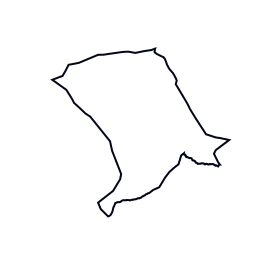 the district of Telmen, Dzavhan, Mongolia, rotated 321°
{"feature_id": "93677404B12487525964315", "entity_name": "Telmen", "entity_type": "district", "adm_level": 2, "iso_a3": "MNG", "parent_name": "Mongolia", "parent_adm1": "Dzavhan", "projection": "robinson", "projection_center": [97.583, 48.784], "detail": "fine", "context": "isolated", "style": "outline", "palette": "ink", "viewbox_px": 256, "rotation_deg": 321, "n_neighbors": 0, "source": "geoboundaries", "source_scale": "gbopen_adm2", "svg_char_len": 4730}
<svg xmlns="http://www.w3.org/2000/svg" viewBox="0 0 256 256"><g transform="rotate(321 128 128)"><path d="M99.5,42.9L104.1,59.6L102.9,69.5L101.9,74.7L103.2,83.1L103.4,84.7L104.1,90.1L105.8,95.4L105.7,127.0L101.3,135.7L93.7,159.5L89.6,162.9L76.9,167.5L57.8,167.2L55.8,173.8L56.9,184.2L57.5,184.4L57.9,184.5L58.7,184.6L59.3,184.7L59.8,184.6L60.1,184.5L61.1,184.2L61.5,184.0L62.1,183.7L62.8,183.4L63.7,182.8L64.4,182.3L64.7,182.1L65.2,181.7L66.0,181.0L66.7,180.5L67.3,180.2L67.9,180.1L68.2,180.0L68.3,179.9L68.6,179.6L68.9,179.4L69.4,179.2L70.4,178.6L70.7,178.5L70.9,178.5L71.0,178.4L71.1,178.5L71.4,178.6L72.9,178.9L73.0,179.0L73.3,179.2L73.5,179.4L73.7,179.5L73.8,179.5L74.1,179.7L74.6,180.2L74.8,180.3L75.1,180.4L75.7,180.7L76.0,180.7L76.4,180.7L76.5,180.7L76.8,180.7L77.0,180.6L77.4,180.6L77.7,180.7L78.0,180.8L78.5,180.9L79.0,181.2L79.2,181.3L79.6,181.9L79.8,182.0L80.0,182.1L80.6,182.5L81.0,182.9L81.2,183.0L81.4,183.1L81.5,183.1L81.6,183.3L81.8,183.3L82.0,183.4L82.5,183.9L82.8,184.1L83.3,184.5L83.7,185.1L83.9,185.5L84.0,185.5L84.5,185.6L84.8,185.7L85.0,185.8L85.2,186.0L85.4,186.0L85.5,186.1L85.8,186.2L85.9,186.3L86.1,186.4L86.3,186.4L86.4,186.5L86.5,186.6L86.6,186.8L86.9,187.0L87.3,187.3L87.6,187.3L87.8,187.3L88.0,187.3L88.4,187.6L88.6,187.8L89.1,188.3L89.4,188.4L89.5,188.3L89.9,188.4L90.1,188.5L90.4,188.6L90.7,188.7L91.0,188.7L91.3,188.7L91.5,188.8L91.7,189.0L91.8,189.1L92.2,189.6L92.3,189.6L92.6,189.6L92.7,189.8L92.8,189.8L93.4,190.0L93.6,190.1L93.8,190.1L94.0,190.3L94.3,190.3L94.6,190.3L94.8,190.4L95.3,190.3L96.0,190.3L96.3,190.3L96.5,190.3L96.8,190.5L97.0,190.6L97.3,190.7L97.8,190.6L98.0,190.6L98.3,190.8L98.6,190.9L100.0,190.8L100.4,190.9L100.6,191.0L100.8,191.0L101.1,191.3L101.3,191.3L101.6,191.2L101.8,191.2L102.1,191.2L102.4,191.4L102.7,191.4L103.5,191.9L108.7,192.0L115.0,193.7L125.5,189.9L132.1,188.3L138.2,187.9L144.4,188.0L152.1,182.8L155.5,182.8L155.2,183.1L155.1,183.3L155.1,183.5L155.1,183.8L155.0,184.0L155.4,184.4L155.5,184.5L155.5,184.9L155.6,185.1L155.6,185.3L155.6,185.5L155.3,185.6L155.2,185.6L155.2,185.8L155.3,186.1L155.4,186.4L155.4,186.6L155.2,186.8L155.0,187.1L155.0,187.3L155.3,187.4L155.5,187.3L155.8,187.5L155.9,187.9L156.0,188.0L156.1,188.4L156.1,188.5L156.1,188.8L156.3,189.1L156.4,189.4L156.6,189.6L156.7,190.0L156.8,190.1L157.0,190.1L157.3,190.3L157.5,190.4L157.7,190.5L157.8,190.7L157.8,190.8L157.9,191.0L158.1,191.2L158.2,191.3L158.3,191.4L158.3,191.6L158.1,192.1L158.0,192.8L157.8,193.4L157.8,193.6L157.8,193.8L158.1,194.0L158.4,194.3L158.7,194.5L158.7,194.9L158.7,195.1L158.8,195.3L159.0,195.5L159.2,195.8L159.2,196.0L159.2,196.3L159.1,196.6L159.1,196.8L159.0,197.1L158.8,197.4L158.8,197.5L159.0,197.6L159.2,197.8L159.3,197.9L159.4,198.1L159.4,198.3L159.5,198.5L159.7,198.8L159.7,199.1L159.6,199.3L159.6,199.5L159.7,199.8L159.9,199.8L160.1,199.9L160.2,200.1L160.5,200.4L160.6,200.5L160.8,200.6L161.2,200.8L161.3,200.9L161.5,201.0L161.8,201.3L162.1,201.5L162.4,201.5L162.5,201.5L162.8,201.6L162.9,201.8L163.0,201.9L163.1,202.0L163.5,202.2L163.7,202.4L163.8,202.5L164.0,202.7L164.0,202.8L164.4,203.1L164.5,203.3L164.5,203.5L164.5,203.9L164.5,204.1L164.6,204.3L164.8,204.4L165.0,204.3L165.0,204.2L165.3,204.3L165.5,204.5L165.6,204.8L165.6,205.0L165.8,205.0L166.1,205.0L166.3,205.1L166.4,205.3L166.5,205.4L166.8,205.7L167.0,205.9L167.0,206.1L167.0,206.3L167.2,206.5L167.3,206.7L167.4,206.9L167.5,207.0L167.8,207.1L168.0,207.2L168.3,207.1L168.6,207.2L168.8,207.3L169.0,207.6L169.0,207.9L169.1,208.0L169.3,208.0L169.5,208.1L169.6,208.3L169.8,208.4L170.3,208.7L170.5,208.9L170.6,209.0L170.8,209.1L171.1,209.3L171.3,209.5L171.5,209.7L171.5,210.0L171.7,210.3L171.8,210.4L171.8,210.5L171.8,211.1L172.1,211.2L172.2,211.3L172.3,211.4L172.3,211.5L172.4,211.9L172.3,212.3L172.6,212.4L172.8,212.4L173.0,212.5L173.3,212.8L173.3,213.1L173.3,213.4L173.4,213.7L173.6,214.1L173.8,214.2L173.9,214.3L174.0,214.4L174.0,214.5L174.7,214.3L174.9,214.2L175.1,214.1L175.4,214.0L175.8,213.9L176.2,213.9L176.4,214.1L176.5,211.3L178.6,202.1L182.3,200.4L199.1,201.0L193.2,193.7L190.3,190.6L184.7,182.0L186.6,163.9L187.8,154.5L188.1,152.4L189.6,145.7L192.7,124.0L195.7,121.8L196.3,120.0L196.9,117.4L197.5,113.5L197.5,113.1L197.4,112.2L197.3,109.6L197.3,108.5L197.4,107.7L197.4,107.0L198.0,104.4L198.0,103.9L198.2,103.3L198.3,103.0L198.7,101.9L199.1,100.8L200.2,97.2L200.1,96.7L200.0,96.2L200.2,95.7L200.1,95.2L199.3,93.7L198.9,92.7L198.6,92.1L197.7,90.2L197.1,88.8L196.8,87.7L196.4,86.1L196.4,85.9L196.5,85.5L196.6,85.4L196.8,85.3L197.2,85.0L197.5,84.8L198.0,84.2L198.3,84.0L198.7,83.7L199.1,83.4L195.2,82.1L188.4,78.1L181.0,74.3L176.2,68.8L171.8,65.6L160.5,58.8L155.2,55.7L150.8,52.3L130.7,46.4L121.6,41.5L115.3,44.3L110.0,46.3L99.5,42.9L99.5,42.9Z" fill="none" stroke="#020617" stroke-width="2"/></g></svg>